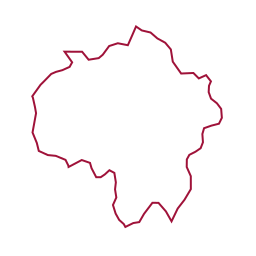 the district of Nonsan-si, South Chungcheong, South Korea, rotated 171°
{"feature_id": "91817680B11377751855609", "entity_name": "Nonsan-si", "entity_type": "district", "adm_level": 2, "iso_a3": "KOR", "parent_name": "South Korea", "parent_adm1": "South Chungcheong", "projection": "equal_earth", "projection_center": [127.164, 36.193], "detail": "fine", "context": "isolated", "style": "outline", "palette": "rose", "viewbox_px": 256, "rotation_deg": 171, "n_neighbors": 0, "source": "geoboundaries", "source_scale": "gbopen_adm2", "svg_char_len": 1131}
<svg xmlns="http://www.w3.org/2000/svg" viewBox="0 0 256 256"><g transform="rotate(171 128 128)"><path d="M192.8,98.8L192.5,98.9L178.7,103.6L171.0,99.5L170.3,94.0L167.1,84.4L162.6,83.7L158.1,85.8L153.0,89.2L148.5,85.8L148.5,76.2L150.4,69.4L150.4,61.2L154.9,54.3L153.6,45.4L151.1,38.6L147.2,33.8L146.1,30.7L137.6,33.3L131.6,33.3L125.6,40.7L115.6,50.3L109.6,49.3L103.6,39.7L99.6,29.0L91.5,40.7L83.5,48.2L75.5,57.8L73.5,70.6L76.1,80.3L74.8,87.8L71.6,91.9L65.1,94.0L59.4,96.7L56.2,102.2L55.5,110.4L52.9,115.9L45.2,117.3L37.5,118.0L33.7,123.4L33.0,132.3L36.3,138.5L41.4,144.0L42.7,150.8L41.4,157.0L38.8,161.1L41.3,165.6L42.6,168.0L50.3,165.9L54.8,172.1L67.0,173.5L73.4,186.5L73.4,198.9L77.9,206.4L85.0,211.9L90.8,218.8L99.1,222.2L104.2,227.0L109.4,218.8L115.2,209.8L124.8,213.3L133.8,211.9L141.5,204.3L146.0,201.6L156.2,201.6L161.4,210.5L178.7,213.3L172.9,201.6L176.1,197.5L183.8,195.4L190.3,194.7L195.4,193.4L203.7,187.2L207.6,184.4L217.6,174.3L217.2,172.8L216.6,163.2L216.5,157.0L223.0,138.5L220.4,127.5L219.7,119.3L211.4,113.8L203.7,111.8L194.7,106.3L192.8,100.2L192.8,98.8Z" fill="none" stroke="#9f1239" stroke-width="2"/></g></svg>